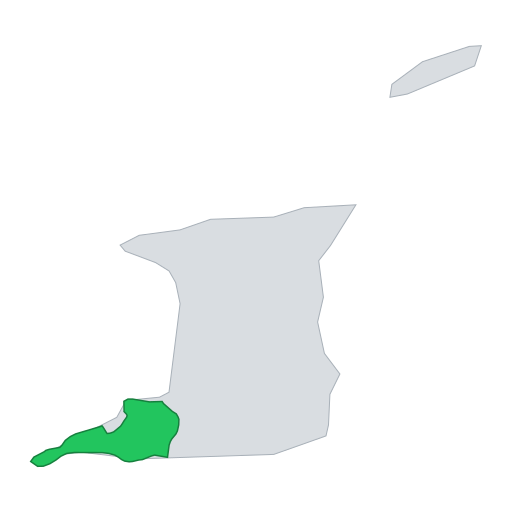 Siparia highlighted on a map of Trinidad and Tobago
{"feature_id": "TTO-52", "entity_name": "Siparia", "entity_type": "Region", "adm_level": 1, "iso_a3": "TTO", "parent_name": "Trinidad and Tobago", "parent_adm1": "", "projection": "orthographic", "projection_center": [-61.668, 10.145], "detail": "fine", "context": "in_parent", "style": "filled", "palette": "green", "viewbox_px": 512, "rotation_deg": 0, "n_neighbors": 0, "source": "natural_earth", "source_scale": "10m", "svg_char_len": 1368}
<svg xmlns="http://www.w3.org/2000/svg" viewBox="0 0 512 512"><path d="M326.0,435.9L273.8,454.4L137.7,458.9L81.3,452.2L38.0,457.4L116.8,417.3L126.1,400.4L159.5,397.2L169.0,392.2L180.1,303.7L175.7,282.6L169.1,271.0L155.6,262.6L125.2,251.2L120.1,245.1L139.2,235.3L180.0,229.9L210.5,219.3L273.6,217.1L304.2,207.7L355.9,204.8L330.5,245.5L318.7,260.7L323.4,297.2L317.6,322.0L324.4,353.4L339.9,374.0L329.9,394.3L328.5,424.9L326.0,435.9ZM407.4,94.0L389.9,97.3L391.9,84.3L422.5,61.7L469.3,46.4L481.3,45.7L474.6,65.9L407.4,94.0Z" fill="#d9dde1" stroke="#a8b0b8" stroke-width="1"/><path d="M124.0,411.3L124.1,411.2L123.9,401.3L127.9,399.1L132.8,399.1L149.5,401.9L162.1,401.5L163.5,403.6L172.3,411.4L176.3,413.9L178.0,416.9L178.9,419.3L178.7,424.9L177.4,430.9L175.9,434.0L171.9,438.8L170.3,441.6L169.1,445.1L167.5,457.3L154.6,455.1L151.6,455.9L142.4,459.6L138.8,460.0L132.5,461.5L129.2,461.8L124.7,461.1L121.5,459.5L118.6,457.3L114.8,455.1L108.9,453.4L102.3,452.6L74.3,452.5L66.7,453.4L60.9,456.2L56.1,459.9L49.9,463.7L43.3,466.2L37.6,466.3L30.7,461.5L33.9,457.1L44.3,451.7L45.8,450.4L49.3,449.3L59.8,447.4L61.9,445.3L65.3,440.4L70.3,436.6L75.7,433.9L100.5,426.5L102.0,425.8L103.1,427.2L107.0,433.5L110.1,433.2L113.7,431.9L120.6,426.2L122.5,423.4L123.8,421.2L126.7,417.1L127.1,415.4L126.2,413.8L124.5,412.1L124.0,411.3Z" fill="#22c55e" stroke="#15803d" stroke-width="1.5"/></svg>